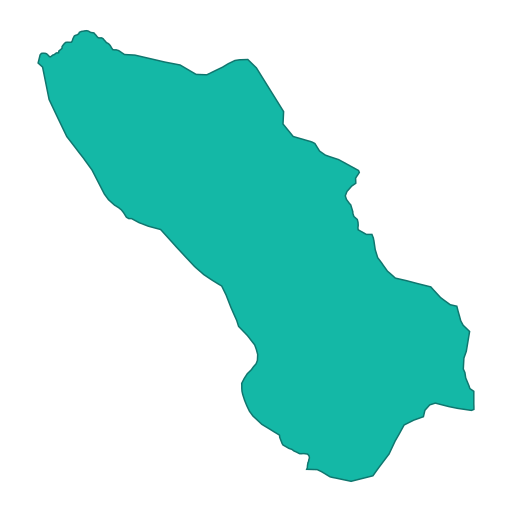 Jabal Ash sharq, Dhamar, Yemen
{"feature_id": "15242507B95425982092930", "entity_name": "Jabal Ash sharq", "entity_type": "district", "adm_level": 2, "iso_a3": "YEM", "parent_name": "Yemen", "parent_adm1": "Dhamar", "projection": "robinson", "projection_center": [43.902, 14.736], "detail": "fine", "context": "isolated", "style": "filled", "palette": "teal", "viewbox_px": 512, "rotation_deg": 0, "n_neighbors": 0, "source": "geoboundaries", "source_scale": "gbopen_adm2", "svg_char_len": 3704}
<svg xmlns="http://www.w3.org/2000/svg" viewBox="0 0 512 512"><path d="M247.8,59.5L239.4,59.8L234.9,60.5L228.1,63.8L222.5,67.2L215.8,70.4L206.8,74.8L196.1,74.4L180.1,65.0L166.6,62.4L164.6,62.0L160.3,61.0L134.9,55.1L124.4,54.5L123.6,53.9L121.9,52.8L120.9,52.1L120.5,51.8L118.7,50.6L116.0,49.8L114.8,49.9L112.9,49.7L111.7,48.1L110.5,46.0L109.3,44.4L107.7,43.2L106.5,42.7L105.2,41.1L104.2,40.1L103.1,38.7L101.7,37.9L99.6,37.9L98.3,37.8L97.0,36.6L95.9,35.1L95.0,34.2L93.9,32.9L92.5,32.7L90.6,32.4L88.4,31.1L86.7,30.7L84.6,30.9L83.2,31.2L81.5,31.4L79.4,32.3L78.7,33.8L77.0,34.9L75.3,35.4L74.3,36.0L72.9,38.8L72.3,40.8L71.4,42.2L69.7,42.3L67.3,42.2L65.7,42.4L64.4,43.5L63.1,45.1L62.1,46.5L62.0,48.4L58.8,51.1L58.6,52.8L57.8,52.9L56.6,52.9L56.1,53.1L54.1,54.7L52.9,55.0L50.6,56.8L49.5,56.7L48.3,55.4L46.6,53.8L45.1,53.3L43.0,53.2L41.4,53.4L40.1,54.9L38.1,63.0L42.5,67.0L42.7,67.7L49.1,99.5L56.8,115.8L66.8,136.6L69.7,140.3L76.0,148.5L79.1,152.6L80.6,154.5L83.5,158.2L84.6,159.8L92.0,170.0L104.4,194.1L108.5,199.7L114.5,205.1L118.7,207.7L121.4,209.9L123.6,212.7L126.4,217.2L128.8,218.6L131.6,218.6L138.6,222.4L139.2,222.7L147.3,225.8L147.5,225.9L148.3,226.2L160.6,229.5L168.5,238.2L176.3,246.9L185.1,256.4L190.0,261.6L194.2,266.1L194.4,266.3L194.9,266.7L195.1,267.0L202.9,273.8L203.6,274.5L204.1,274.8L211.7,279.9L218.3,284.0L221.7,286.0L226.1,295.0L231.0,307.6L232.3,310.5L233.1,312.4L236.7,320.4L238.6,326.4L247.2,335.3L249.3,337.9L250.7,339.8L254.7,344.9L256.3,349.3L257.7,354.5L257.4,360.4L256.1,363.8L253.6,366.6L251.3,369.8L247.3,373.7L244.2,378.5L241.7,383.4L241.8,385.3L241.8,388.3L242.0,391.2L242.7,394.4L244.6,400.3L246.8,405.7L247.9,408.0L249.5,411.3L253.0,416.1L256.4,419.2L261.8,424.3L264.4,425.9L266.9,427.4L269.2,428.8L269.4,428.9L273.7,431.6L275.0,432.4L275.2,432.5L277.5,433.9L278.8,434.7L279.4,435.1L279.5,435.2L279.6,435.9L279.7,437.3L282.0,443.2L282.0,443.3L283.0,445.0L286.0,446.7L288.9,448.4L291.9,449.4L294.0,451.0L296.1,451.9L297.9,452.8L298.8,453.3L299.7,453.7L300.6,453.7L301.8,453.7L302.7,453.6L304.1,453.6L306.3,453.9L307.5,454.1L307.9,454.5L308.3,454.9L309.0,455.8L309.2,456.7L309.3,456.9L309.4,458.1L308.9,459.4L308.5,461.6L307.9,462.8L307.8,463.8L307.5,465.3L307.3,467.8L306.7,469.3L306.8,469.3L309.8,469.4L313.0,469.5L317.2,469.6L321.4,471.6L330.0,476.8L330.3,476.9L332.8,477.5L335.5,478.0L343.5,479.7L351.1,481.3L372.9,475.8L376.4,470.9L379.3,466.9L388.2,455.1L388.9,454.3L389.8,452.4L395.2,440.9L398.9,434.5L404.1,425.0L413.6,420.2L423.4,416.7L424.9,410.3L429.7,404.9L435.3,403.1L448.9,406.6L457.8,408.4L471.5,410.4L473.9,409.4L473.9,406.7L473.8,404.1L473.8,403.8L473.8,391.3L469.9,388.6L469.0,385.9L465.7,377.9L464.9,372.6L463.3,369.0L463.9,358.1L466.3,351.3L469.6,331.5L463.1,325.2L461.1,321.5L460.7,320.7L459.5,316.2L458.0,310.9L457.2,307.7L456.8,306.2L456.3,306.1L452.0,305.1L450.2,304.7L445.7,301.4L443.5,299.8L440.5,297.5L433.1,289.5L430.8,286.9L417.2,283.5L406.6,280.7L395.3,278.1L392.7,275.7L392.1,275.2L390.4,273.7L387.7,271.4L387.3,271.0L386.2,269.4L383.1,265.1L381.7,263.0L377.7,257.7L375.2,249.6L373.9,240.7L373.5,239.0L373.4,238.1L371.9,234.4L370.4,234.4L366.7,234.4L366.3,234.4L358.2,229.8L357.9,227.9L358.2,225.3L358.0,222.3L357.3,219.5L356.5,218.8L353.9,216.5L352.7,212.9L352.9,212.1L352.2,209.7L350.8,205.1L350.7,204.8L350.3,204.4L349.3,203.3L346.5,199.5L345.7,197.1L345.3,195.8L346.9,191.6L347.0,191.4L351.7,186.1L355.8,183.2L355.6,178.1L359.3,172.5L359.3,172.4L358.5,170.5L338.6,159.6L329.5,156.6L325.3,155.1L319.6,151.1L316.9,146.8L315.0,143.7L314.9,143.6L314.7,143.4L312.2,142.1L309.9,141.3L308.7,141.0L304.2,139.7L302.9,139.3L300.4,138.6L293.2,136.5L283.0,124.0L283.6,111.6L256.4,67.9L247.8,59.5Z" fill="#14b8a6" stroke="#0f766e" stroke-width="1.5"/></svg>